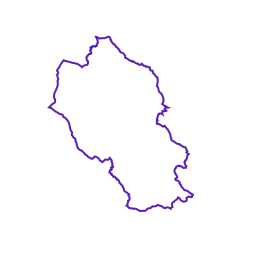 Mogotes, Santander, Colombia, rotated 122°
{"feature_id": "7082276B70179238188683", "entity_name": "Mogotes", "entity_type": "district", "adm_level": 2, "iso_a3": "COL", "parent_name": "Colombia", "parent_adm1": "Santander", "projection": "natural_earth1", "projection_center": [-72.971, 6.504], "detail": "fine", "context": "isolated", "style": "outline", "palette": "violet", "viewbox_px": 256, "rotation_deg": 122, "n_neighbors": 0, "source": "geoboundaries", "source_scale": "gbopen_adm2", "svg_char_len": 5822}
<svg xmlns="http://www.w3.org/2000/svg" viewBox="0 0 256 256"><g transform="rotate(122 128 128)"><path d="M104.7,218.5L109.4,218.8L113.1,218.5L116.4,218.8L117.0,218.5L117.4,217.8L117.6,217.0L118.3,216.3L119.2,216.2L120.7,216.5L121.3,215.3L122.7,214.2L123.6,213.0L125.9,212.5L126.6,211.7L128.1,210.6L131.3,209.6L135.2,209.0L136.5,209.0L138.6,208.4L140.9,207.2L141.5,206.6L142.5,205.0L144.1,203.8L145.3,203.6L147.8,204.8L152.4,205.9L151.8,203.9L152.1,200.6L152.4,199.1L152.4,197.9L152.2,196.0L152.2,194.9L152.4,193.8L151.7,191.8L151.6,190.4L151.8,189.7L152.6,189.0L153.0,188.4L152.6,186.9L152.7,186.2L153.7,183.0L155.3,180.3L158.5,177.4L160.6,175.0L161.4,173.0L163.4,172.2L163.9,171.8L164.0,170.9L164.9,169.5L165.0,167.3L165.5,166.5L166.5,166.1L167.5,164.4L169.4,162.5L170.0,162.0L171.4,160.2L171.5,159.4L172.0,158.9L172.0,155.5L171.6,154.7L172.2,153.4L172.7,150.9L173.2,150.0L173.0,148.2L173.7,146.2L173.4,144.0L173.4,143.1L173.5,142.8L173.0,142.4L172.8,141.8L172.2,141.4L170.9,141.5L169.6,140.9L169.2,138.1L169.4,136.7L169.9,135.4L170.5,134.8L170.3,133.1L170.6,131.7L168.8,131.1L166.9,130.6L165.4,128.0L164.9,127.8L163.0,127.6L163.7,126.0L163.9,125.1L164.3,124.8L164.5,124.3L165.5,124.0L166.2,122.4L167.7,122.0L168.7,120.0L169.8,120.2L170.1,121.2L170.5,121.4L170.9,121.2L171.1,120.1L171.4,119.9L172.5,119.9L173.0,120.8L173.3,120.9L175.6,120.2L175.5,119.2L175.4,118.7L175.5,118.4L175.5,117.8L176.2,117.8L176.2,117.0L176.5,116.3L176.5,115.3L177.2,114.4L176.7,114.1L176.4,113.6L176.4,113.1L176.9,112.0L176.6,111.4L176.6,111.1L177.4,110.6L177.6,110.0L177.7,109.7L177.2,109.1L177.2,108.4L177.6,107.9L177.9,107.1L178.5,106.8L179.2,105.9L179.0,105.2L179.5,104.4L180.0,101.8L181.0,101.1L181.2,100.1L181.6,99.5L182.8,98.6L183.1,98.1L183.5,96.3L183.3,95.1L183.6,93.8L183.5,92.7L183.7,92.3L183.7,91.9L185.0,91.9L185.3,90.7L185.7,90.4L186.7,89.3L187.4,89.3L187.8,88.9L188.7,88.8L189.6,89.4L191.1,88.5L192.5,88.4L193.7,87.5L194.7,88.0L194.7,86.9L195.2,84.5L194.2,82.1L193.7,81.5L193.7,80.3L192.9,79.7L192.3,78.6L192.1,74.1L191.7,73.3L190.1,71.2L189.3,69.7L188.9,69.4L185.6,68.4L184.1,66.5L183.3,66.4L181.4,65.6L180.5,64.0L179.0,62.5L178.1,62.5L177.8,62.3L177.3,61.4L177.2,60.6L176.5,58.3L176.4,57.6L176.8,56.3L176.7,55.2L176.1,53.8L174.9,53.3L174.3,52.4L173.8,50.6L173.8,48.9L172.7,49.2L171.8,48.9L171.5,48.5L169.5,50.2L168.3,50.7L167.6,50.7L166.4,50.0L165.3,49.8L163.1,49.0L161.4,48.5L160.4,48.8L160.3,46.9L161.3,45.1L161.3,43.8L161.1,43.1L161.3,42.6L161.2,42.1L160.2,40.8L158.8,39.8L157.4,40.3L156.6,41.3L155.4,41.1L155.1,40.7L154.3,40.4L153.8,39.8L153.2,37.7L152.4,37.2L151.3,37.8L150.7,37.5L150.2,37.5L150.1,39.0L150.4,39.7L150.1,40.5L150.2,41.5L149.8,44.2L150.6,46.7L150.6,47.6L149.2,52.2L148.2,53.2L148.2,54.1L147.8,54.8L147.6,55.1L147.1,55.0L146.4,56.0L146.3,57.5L146.8,60.0L146.7,60.4L146.2,60.9L145.6,60.9L144.3,60.1L143.6,60.2L143.1,60.6L142.2,62.5L141.6,63.2L141.4,64.4L140.4,65.2L140.2,65.6L138.5,66.4L137.4,66.5L136.9,66.2L136.1,66.5L135.3,66.5L134.5,66.1L133.6,65.2L133.1,65.0L133.0,64.2L132.4,63.7L132.7,63.2L132.1,61.6L132.6,60.2L132.4,59.7L131.7,59.0L131.2,58.0L130.7,58.2L129.6,58.1L129.3,58.3L129.3,58.9L128.9,60.0L127.5,61.2L127.2,61.9L127.1,62.1L125.8,61.9L125.6,62.3L125.2,62.3L123.8,61.7L122.9,62.2L122.2,62.1L119.8,63.1L117.9,62.7L117.9,63.9L117.6,65.5L117.0,65.2L116.3,65.3L115.3,67.5L114.9,67.6L114.5,68.1L113.9,69.3L114.7,70.4L114.6,71.9L114.8,72.8L114.5,73.8L114.8,74.8L114.4,75.9L115.3,77.8L115.4,79.1L115.2,80.4L115.2,83.0L115.3,83.6L115.3,84.3L114.8,85.4L113.6,85.9L113.3,86.8L112.2,87.9L111.3,88.3L110.4,89.6L109.2,91.9L108.3,93.2L107.3,96.8L106.7,98.0L107.2,98.5L108.2,98.9L108.3,100.6L108.1,102.2L108.2,103.2L109.0,105.5L109.7,106.1L108.4,105.8L108.3,106.2L107.3,106.7L106.5,107.4L106.0,107.2L106.1,107.6L105.8,107.8L104.2,108.5L103.0,108.6L101.2,109.4L100.0,109.3L99.8,108.9L99.4,109.2L99.2,109.1L98.1,107.7L97.9,107.1L98.0,106.1L97.4,106.8L96.6,107.0L95.4,107.8L94.7,106.3L93.6,105.0L93.0,104.6L92.9,104.9L92.8,106.8L91.6,107.1L91.0,107.0L90.6,106.7L89.7,104.8L89.5,104.7L89.8,105.5L89.7,106.3L89.4,106.8L89.4,107.4L89.9,109.1L89.5,111.0L89.5,111.8L88.2,111.7L87.4,112.1L86.5,112.1L85.9,112.5L85.4,112.6L84.8,113.1L83.0,115.0L81.9,116.6L81.3,117.9L80.9,120.3L80.5,121.2L77.7,124.0L77.2,125.7L75.7,126.1L73.7,127.2L72.5,127.5L72.0,128.0L71.2,128.3L70.6,129.4L69.5,129.9L69.5,131.5L68.5,133.9L68.3,135.2L67.8,136.3L67.4,136.8L67.0,136.9L66.5,137.3L66.4,137.8L67.1,139.0L67.1,139.6L66.7,140.3L65.0,141.7L65.5,142.4L65.8,143.2L65.6,144.2L65.7,144.4L66.3,144.9L66.6,145.4L66.3,146.1L66.3,146.7L66.9,147.9L66.7,148.6L66.3,149.4L66.1,150.3L66.6,150.4L67.0,150.2L67.3,150.4L67.5,151.0L68.1,151.3L68.4,151.6L68.5,152.1L68.1,153.5L68.2,153.8L68.6,154.1L68.8,155.5L68.8,156.6L69.0,157.7L68.6,159.2L69.5,159.6L69.4,161.0L69.8,161.6L69.8,162.4L69.6,165.3L69.8,167.1L70.0,167.3L69.9,167.6L68.2,168.9L67.5,170.5L67.2,172.0L67.6,173.6L67.3,175.0L67.5,175.3L67.1,176.1L66.2,176.9L65.9,179.0L65.4,179.6L65.5,181.0L65.1,181.2L65.1,182.0L64.6,182.6L64.5,184.1L64.1,184.6L64.5,185.1L64.0,186.6L63.4,187.5L63.5,188.0L63.3,188.3L62.5,188.8L62.3,189.2L62.4,189.5L62.4,189.8L61.9,190.2L61.3,190.5L60.9,191.1L60.8,192.3L61.1,193.2L61.8,193.4L62.5,194.4L64.1,195.2L66.1,198.4L67.0,199.1L67.3,200.1L67.3,202.3L67.7,203.4L69.3,200.9L71.4,198.7L72.6,198.9L73.7,198.9L74.6,198.1L75.1,198.1L75.5,198.3L75.8,198.9L76.3,198.9L76.3,199.8L76.6,200.1L76.9,200.9L77.1,201.1L77.6,200.9L78.2,201.0L78.3,201.8L78.9,201.6L79.2,202.3L79.8,202.5L80.7,201.6L80.7,201.0L81.8,201.0L82.4,201.3L83.0,200.5L83.0,199.9L83.8,198.9L85.0,198.9L85.7,200.1L86.4,200.5L87.9,200.3L88.8,200.8L90.3,200.7L90.6,200.1L92.1,199.1L92.4,198.7L92.8,196.9L93.9,196.6L94.7,196.0L96.2,196.2L96.6,196.8L98.8,198.7L100.8,199.2L100.4,201.7L100.4,204.4L101.5,208.1L102.3,209.9L102.7,211.7L104.5,217.2L104.7,218.5Z" fill="none" stroke="#5b21b6" stroke-width="2"/></g></svg>